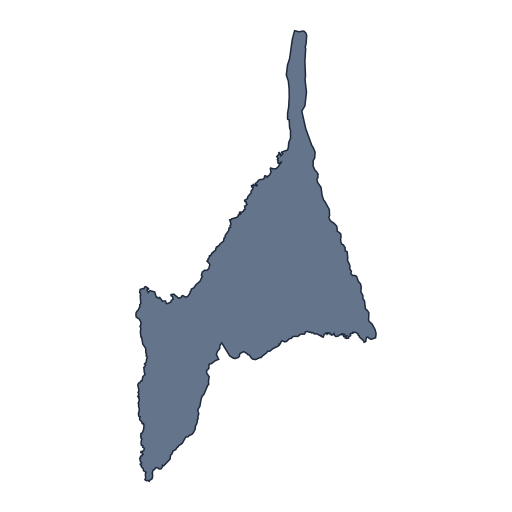 Calçoene, Amapá, Brazil
{"feature_id": "56859067B29403659487824", "entity_name": "Calçoene", "entity_type": "district", "adm_level": 2, "iso_a3": "BRA", "parent_name": "Brazil", "parent_adm1": "Amapá", "projection": "orthographic", "projection_center": [-51.471, 2.615], "detail": "fine", "context": "isolated", "style": "filled", "palette": "slate", "viewbox_px": 512, "rotation_deg": 0, "n_neighbors": 0, "source": "geoboundaries", "source_scale": "gbopen_adm2", "svg_char_len": 6112}
<svg xmlns="http://www.w3.org/2000/svg" viewBox="0 0 512 512"><path d="M149.2,481.3L149.7,480.3L152.0,478.9L152.6,476.9L152.6,473.9L152.2,473.4L153.1,470.0L154.5,469.6L155.8,467.5L158.6,468.3L158.9,468.9L160.9,468.9L162.6,466.7L162.5,465.3L163.9,465.6L170.1,459.1L170.5,455.2L171.7,454.3L173.1,450.9L175.7,449.7L176.9,447.6L178.3,446.6L178.4,445.9L182.2,443.4L185.7,437.1L188.1,436.7L188.8,435.8L192.1,434.2L193.5,432.5L195.3,428.9L195.3,426.4L196.6,424.0L197.4,421.4L197.2,419.9L198.1,418.8L197.9,417.0L198.8,413.6L198.0,411.6L198.0,409.4L199.9,406.2L201.1,399.2L202.1,396.4L204.0,394.2L207.6,385.6L208.8,384.2L208.4,382.1L209.2,376.8L206.8,373.2L206.5,370.9L208.9,368.4L209.0,364.3L211.9,363.4L214.8,360.9L218.7,359.3L216.4,354.6L217.4,351.4L219.6,348.8L220.0,345.2L221.8,343.0L229.8,356.0L233.3,358.2L235.0,358.6L238.3,357.5L239.5,356.1L239.4,354.8L240.2,353.5L243.6,351.6L246.8,353.4L247.7,354.6L249.4,355.0L251.3,358.0L252.7,359.1L255.6,359.6L259.5,357.7L261.0,357.6L262.8,355.7L266.4,353.0L267.7,351.3L270.0,351.1L272.5,348.9L278.2,346.1L279.2,345.2L279.0,344.1L280.3,343.9L281.0,341.8L282.2,340.7L284.6,341.9L286.6,341.4L289.4,338.7L291.3,338.4L293.2,336.4L297.8,336.4L300.8,334.1L304.4,334.2L305.7,331.7L307.6,331.5L309.5,332.3L310.4,332.0L311.7,333.0L312.8,332.6L314.6,334.0L316.5,333.7L319.9,335.5L321.2,335.6L321.1,336.4L323.3,337.2L323.9,335.0L325.5,333.3L325.9,333.5L326.8,332.8L327.6,332.8L327.3,334.1L329.1,333.0L329.9,333.2L330.0,334.1L331.6,335.1L332.8,334.7L333.9,333.5L334.3,335.0L335.7,336.5L338.1,336.2L339.8,334.7L341.8,334.7L341.8,333.8L344.4,334.3L343.4,335.2L343.7,336.5L346.6,335.8L345.1,337.9L346.8,338.5L348.6,338.1L348.4,336.9L350.6,335.7L350.4,333.7L353.1,333.0L352.8,332.3L355.2,332.3L357.8,333.5L358.0,334.8L359.1,335.7L359.4,337.0L363.7,340.9L364.1,342.3L365.8,341.5L366.1,338.6L367.0,337.2L367.8,337.1L369.9,338.9L371.2,339.3L375.6,337.8L376.1,333.7L375.1,329.6L372.0,323.9L369.3,321.6L368.6,320.2L368.9,313.0L367.4,310.5L365.7,309.1L365.3,307.9L364.5,300.9L362.8,298.5L363.0,295.8L360.9,291.8L361.2,287.0L360.6,284.1L358.2,281.0L356.6,276.4L355.1,275.5L352.6,275.5L350.8,273.6L351.4,271.2L349.7,268.9L350.0,266.6L349.4,264.3L347.3,259.9L347.8,258.5L347.2,251.7L345.3,250.9L345.1,247.6L343.2,244.7L341.6,244.0L341.2,243.2L340.5,239.5L341.0,237.3L340.8,234.1L339.7,232.8L337.4,231.4L336.8,226.3L334.2,223.4L330.3,220.7L328.8,217.5L329.6,215.3L329.3,209.6L325.0,201.6L323.7,200.2L322.2,195.8L321.0,187.3L317.6,182.4L317.1,180.2L317.0,178.8L318.0,177.4L317.7,175.5L318.2,174.4L316.4,171.5L315.2,170.7L313.1,166.0L313.2,160.7L314.7,157.9L315.1,152.2L313.2,147.5L311.8,145.4L305.7,128.5L301.8,111.1L304.9,105.9L306.5,92.2L305.0,79.5L305.5,76.3L304.9,61.1L305.7,48.7L305.2,47.2L306.1,43.7L306.7,35.7L305.9,33.1L304.2,31.3L303.0,31.0L299.4,31.8L294.6,30.7L292.3,39.3L289.6,58.5L287.5,65.0L286.3,75.0L288.3,81.0L289.1,88.6L289.2,97.4L288.6,107.3L287.6,113.0L287.5,118.8L287.8,119.4L289.1,119.8L289.2,120.4L289.6,128.1L290.5,130.4L290.5,138.2L288.7,142.6L288.3,147.6L287.7,149.5L287.2,150.1L281.7,152.1L281.6,152.8L282.6,153.5L282.6,154.2L280.8,155.8L280.1,153.5L279.1,152.5L278.7,152.8L279.2,154.0L276.7,156.6L278.2,158.3L277.3,159.8L278.3,160.6L277.8,161.7L278.1,163.2L279.3,163.3L281.2,162.1L280.9,163.2L279.4,164.4L278.6,166.2L276.4,168.5L274.0,169.0L270.6,168.0L270.3,168.7L271.0,172.3L269.3,175.4L268.1,175.9L267.3,177.2L265.5,175.7L264.8,175.8L264.3,177.2L264.5,178.1L262.3,179.5L260.3,179.5L258.4,180.3L257.4,181.9L255.3,183.5L255.3,184.1L257.2,185.2L257.0,185.9L254.1,185.2L253.3,184.5L252.8,185.4L251.5,185.6L251.8,187.1L252.3,187.4L253.0,187.0L253.1,187.6L252.8,188.9L251.1,191.0L251.2,192.7L247.8,196.7L247.4,198.7L244.6,200.3L244.9,201.5L246.2,201.8L246.2,203.4L247.1,204.3L245.9,205.6L244.6,206.2L245.1,209.2L243.7,210.2L243.6,211.1L242.0,212.1L239.8,212.1L239.3,213.1L240.8,213.8L240.5,214.3L238.3,214.9L238.3,215.8L236.8,217.4L231.7,218.8L231.4,219.6L229.7,219.8L230.8,223.2L230.9,224.5L230.0,225.6L230.6,227.3L229.1,227.9L228.6,230.7L225.1,235.6L225.3,236.4L224.8,237.6L224.1,237.9L223.5,241.2L220.1,243.8L219.2,245.4L216.5,247.0L216.8,247.4L215.8,248.3L215.7,250.1L213.2,251.9L213.3,252.5L211.8,253.1L210.7,255.7L209.5,255.7L208.9,258.3L208.0,259.0L207.8,260.5L207.0,261.1L209.9,264.3L208.9,268.2L207.4,270.0L206.2,270.5L204.9,270.1L202.3,272.0L201.4,275.4L202.2,276.4L200.0,281.3L196.0,284.6L193.9,287.8L191.2,289.2L191.2,290.5L190.1,291.7L190.2,293.0L187.5,296.6L185.4,297.1L182.8,295.5L181.8,296.0L181.2,297.4L178.6,298.2L173.8,294.1L171.0,294.6L171.1,295.8L172.4,296.4L173.1,299.3L171.4,300.3L170.6,302.3L166.8,303.7L166.1,303.2L165.6,301.0L162.4,301.1L159.8,297.5L159.0,298.4L158.1,298.1L157.8,297.3L156.3,297.2L154.7,291.9L149.9,290.6L148.2,292.5L147.0,290.0L147.3,289.2L147.9,289.5L148.5,289.1L148.5,288.5L146.1,286.9L145.4,286.6L144.7,287.0L143.9,288.7L142.8,288.6L140.2,289.4L139.6,292.6L140.4,293.5L140.7,295.2L140.2,295.6L140.8,303.4L139.7,304.9L139.9,306.5L138.0,310.4L137.1,311.0L136.1,312.7L135.9,315.1L136.3,317.2L139.5,319.3L141.0,322.6L140.7,325.3L140.0,326.2L140.9,328.8L140.3,332.0L141.0,337.1L141.5,337.0L142.8,344.1L145.7,348.5L145.8,352.8L146.5,353.8L146.1,355.8L147.4,357.0L146.5,359.1L146.3,361.9L144.5,364.0L145.6,364.8L144.7,366.7L143.8,367.3L144.3,372.3L145.1,374.3L142.8,376.7L142.0,380.8L140.8,381.0L139.7,382.8L138.6,383.0L137.8,384.9L138.8,389.9L138.8,391.4L138.0,392.3L138.9,394.0L137.8,396.6L139.1,397.0L138.6,398.3L139.4,399.7L138.2,403.4L138.8,404.3L138.5,405.7L139.4,409.5L138.4,413.8L138.7,416.0L139.4,416.8L140.1,416.7L139.5,419.1L140.3,420.6L141.7,421.5L142.0,423.3L142.4,423.8L143.5,423.5L144.0,425.7L143.5,429.9L142.4,432.7L140.8,433.6L141.1,435.3L140.6,436.0L141.2,438.4L141.8,438.8L141.0,442.4L141.4,445.4L142.8,445.6L142.8,447.3L144.4,448.3L143.9,450.2L142.6,451.4L141.1,451.4L140.8,452.6L142.1,452.7L143.1,454.4L142.0,454.9L142.0,455.6L140.5,456.3L140.8,457.0L139.7,458.3L140.4,461.5L141.6,462.7L140.8,464.0L140.2,464.1L140.3,464.7L141.5,465.3L141.3,466.7L143.2,468.7L143.5,470.7L146.0,472.2L145.3,474.2L145.7,477.9L144.9,479.7L146.2,480.7L147.5,480.4L149.2,481.3Z" fill="#64748b" stroke="#1e293b" stroke-width="1.5"/></svg>